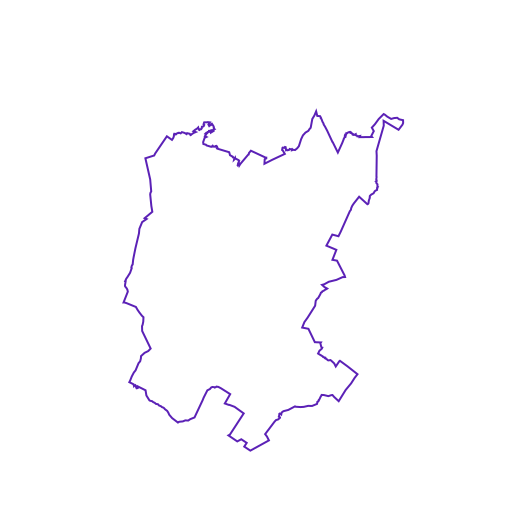 outline of San José del Rincón, México, Mexico, rotated 24°
{"feature_id": "50627088B61980296912974", "entity_name": "San José del Rincón", "entity_type": "district", "adm_level": 2, "iso_a3": "MEX", "parent_name": "Mexico", "parent_adm1": "México", "projection": "robinson", "projection_center": [-100.117, 19.636], "detail": "fine", "context": "isolated", "style": "outline", "palette": "violet", "viewbox_px": 512, "rotation_deg": 24, "n_neighbors": 0, "source": "geoboundaries", "source_scale": "gbopen_adm2", "svg_char_len": 6109}
<svg xmlns="http://www.w3.org/2000/svg" viewBox="0 0 512 512"><g transform="rotate(24 256 256)"><path d="M252.1,99.4L252.2,103.9L251.7,107.9L253.7,116.2L253.7,117.3L253.3,117.8L252.9,120.4L251.0,123.1L249.8,126.7L249.7,130.8L250.5,138.3L249.8,140.9L248.6,143.3L246.9,143.8L246.0,144.6L245.9,143.8L245.4,143.6L245.2,144.0L244.7,144.3L243.4,144.5L243.5,144.9L243.0,145.3L242.9,145.8L241.6,146.7L241.1,146.6L240.6,147.0L240.5,146.5L240.1,146.6L238.8,144.5L238.1,144.6L237.8,145.7L236.4,146.0L236.2,146.3L236.7,148.5L237.4,148.6L240.8,151.0L231.8,161.4L226.2,168.3L224.6,164.1L224.7,163.7L225.7,162.7L225.4,162.0L225.0,162.2L208.5,161.9L207.7,164.7L208.0,166.2L207.7,166.4L204.3,178.1L204.0,180.0L203.8,179.7L203.4,179.9L203.2,179.4L202.6,180.8L202.0,181.3L202.5,180.3L202.0,178.9L201.9,175.8L201.1,175.5L197.3,175.3L197.1,175.0L197.0,176.5L196.8,177.0L196.5,175.7L196.1,175.2L194.9,175.0L194.6,175.2L194.2,174.7L191.3,174.5L189.3,172.1L176.8,173.7L176.6,173.6L176.9,172.9L176.0,172.1L175.4,172.0L175.5,171.7L175.0,171.5L174.6,171.8L174.8,172.4L174.0,172.7L174.0,172.9L172.6,173.1L172.6,173.4L172.2,173.6L171.5,173.0L171.4,173.2L171.7,173.5L171.0,174.1L171.1,174.4L171.4,174.4L165.8,175.1L165.0,174.7L162.4,175.1L161.4,173.5L161.0,168.9L162.3,167.4L160.6,167.3L161.0,164.9L160.0,164.9L160.3,164.1L160.8,164.2L161.3,163.7L160.9,163.4L161.3,162.4L162.4,161.8L162.1,160.8L162.4,160.6L162.6,160.6L162.8,161.2L163.3,160.6L163.9,161.1L164.0,160.6L164.4,160.8L164.7,161.5L166.0,159.6L163.1,159.4L165.3,159.0L165.6,158.7L165.2,158.6L166.0,157.7L166.1,156.9L166.3,156.8L165.2,156.2L165.2,155.5L164.0,154.4L162.2,153.3L162.1,153.9L161.8,154.4L161.4,154.0L160.4,156.3L159.0,155.2L159.5,152.7L157.5,153.3L156.5,154.0L154.3,155.0L154.5,157.0L155.4,157.3L155.3,158.2L155.4,158.7L155.0,159.3L154.0,159.9L154.4,161.4L153.8,161.7L154.4,161.7L154.3,162.5L153.3,163.0L153.1,163.9L152.7,163.9L152.4,163.5L151.6,163.1L150.9,162.1L150.3,163.7L149.2,165.2L148.1,167.4L150.5,167.3L148.9,169.0L147.6,171.1L147.3,171.9L147.0,172.2L145.8,171.3L143.1,171.8L143.0,172.9L140.8,172.6L137.9,173.0L137.3,174.6L135.5,174.7L135.2,175.2L134.7,175.3L134.2,176.0L133.6,176.5L133.2,177.0L133.4,177.4L133.0,177.7L132.8,177.3L131.6,177.6L131.6,178.2L132.3,180.2L132.4,182.0L132.0,184.1L125.9,182.9L122.2,203.3L122.1,205.6L115.2,211.7L128.2,229.1L134.0,239.6L133.9,241.3L134.3,242.8L140.0,252.8L143.3,257.8L138.9,266.7L141.0,266.7L138.2,271.3L138.4,278.6L139.9,283.0L142.7,298.0L144.7,306.9L145.3,309.4L146.8,314.0L146.5,314.9L146.6,316.1L146.9,317.4L147.4,317.6L147.8,322.6L147.1,327.6L146.7,329.5L146.7,332.2L147.2,332.1L148.2,336.0L148.8,337.0L151.1,338.2L152.2,339.1L153.4,340.7L153.9,352.3L154.5,352.0L157.0,351.7L167.0,351.4L169.6,353.3L172.4,355.0L176.1,357.0L178.1,357.7L179.7,361.8L180.4,365.0L180.4,366.4L182.5,370.8L197.4,383.4L196.2,386.7L193.6,389.8L191.7,394.2L192.5,396.4L193.0,399.3L192.3,401.7L192.5,409.5L191.8,412.1L191.5,416.6L191.7,420.9L191.6,422.8L196.3,423.0L197.4,424.4L197.6,423.6L198.1,423.1L200.7,425.4L201.6,424.8L200.8,423.2L209.7,423.6L212.6,428.0L217.3,431.2L218.0,431.3L220.3,430.9L221.4,431.3L223.1,431.3L224.8,431.8L226.7,431.3L228.2,432.0L230.4,431.9L231.5,432.3L233.0,432.2L234.0,432.4L235.1,433.0L237.8,433.6L239.5,434.7L241.3,436.3L245.3,438.2L252.4,439.9L252.6,439.3L253.7,438.4L256.4,436.9L258.3,434.9L261.0,433.9L262.3,431.8L265.5,428.5L265.9,409.5L265.8,406.6L266.2,398.5L268.0,396.3L268.5,394.4L269.4,393.4L271.6,392.7L271.9,392.9L272.8,391.9L273.0,391.4L274.9,390.9L277.9,391.1L288.6,392.7L287.5,403.4L291.6,403.1L292.4,402.8L297.8,402.5L308.8,404.8L304.8,429.8L303.8,431.1L314.3,433.0L317.1,429.4L323.5,430.5L322.8,434.9L330.0,436.1L342.8,419.2L339.5,416.5L336.8,415.0L340.3,399.9L341.0,397.8L342.7,396.3L343.7,394.1L343.6,393.7L342.2,393.5L342.0,391.9L341.5,390.8L341.8,390.2L342.4,390.0L343.5,390.4L343.2,389.1L343.3,388.1L344.2,386.6L348.1,383.5L352.8,377.5L353.5,377.6L358.1,375.9L361.0,374.4L364.6,371.7L368.2,370.2L371.9,366.3L371.4,364.3L371.8,364.0L372.0,363.3L371.9,363.1L372.2,362.6L371.9,361.9L372.2,361.4L372.3,357.9L372.6,356.6L372.5,356.2L374.6,355.4L379.1,354.6L381.4,352.5L382.4,351.9L384.5,352.9L390.6,355.0L392.4,341.9L394.7,333.7L395.7,327.1L396.8,322.7L384.5,319.6L375.3,317.6L374.9,318.3L373.8,324.5L371.1,322.3L367.3,321.0L366.3,320.8L364.7,321.9L363.9,322.0L362.7,321.5L361.1,321.4L361.2,321.1L361.0,320.9L360.8,321.1L360.2,320.7L358.8,321.0L358.2,320.9L358.0,320.6L352.4,319.9L352.5,316.8L353.8,313.9L353.8,312.8L353.3,312.9L352.6,312.5L350.4,309.7L350.3,309.1L350.4,308.6L344.8,310.8L333.5,301.2L327.3,302.6L327.1,296.6L328.2,291.4L330.2,277.8L330.2,277.2L328.8,272.7L328.9,271.8L329.3,270.1L329.9,269.1L330.3,264.7L330.2,263.1L330.9,262.3L330.9,261.5L332.4,259.6L333.2,258.1L333.7,257.8L334.3,256.8L331.1,256.5L328.1,255.5L329.9,254.0L333.0,249.9L339.2,245.1L343.7,240.1L345.9,239.0L344.8,237.7L331.9,227.3L327.4,228.4L326.9,217.7L316.1,217.9L317.0,205.4L323.3,204.4L323.5,199.2L323.5,176.9L323.9,175.2L323.5,173.5L323.5,170.9L324.0,168.1L326.1,159.9L336.7,163.4L337.2,162.8L337.3,162.1L336.5,159.4L336.3,156.5L336.0,156.2L335.6,154.8L336.3,153.0L337.9,150.9L338.1,148.7L338.5,147.8L339.7,146.4L339.3,145.6L339.4,145.1L338.9,144.6L339.2,143.3L338.7,143.2L337.8,141.1L336.3,140.4L336.0,140.0L335.8,138.8L335.3,138.8L335.6,138.2L335.3,137.6L334.7,137.1L334.0,134.7L333.7,134.4L325.5,115.3L323.4,111.2L319.7,85.0L317.6,80.6L334.9,82.7L336.4,76.4L336.3,74.6L335.1,72.1L331.2,72.9L328.8,72.3L326.1,73.8L323.7,75.8L319.2,75.3L316.3,74.5L314.9,74.4L312.4,80.9L311.0,87.4L309.6,91.6L312.8,94.0L312.5,99.5L313.6,100.1L302.3,105.3L302.2,104.0L299.9,105.5L299.2,105.0L298.0,105.1L297.5,104.1L296.2,105.6L295.7,105.7L295.1,105.8L294.8,105.1L293.8,105.2L293.5,104.9L292.8,105.0L292.6,104.7L292.1,105.1L291.5,105.0L292.0,104.4L291.5,104.3L290.0,105.5L289.1,107.1L288.6,107.1L289.4,111.8L288.6,108.4L288.1,108.7L288.2,109.9L288.7,111.3L288.5,113.2L288.6,113.3L288.8,117.7L288.7,128.2L279.8,120.8L279.5,120.8L270.2,112.7L266.4,109.7L264.3,108.3L263.8,107.5L262.1,106.3L260.4,104.5L259.1,103.7L259.2,103.4L257.7,102.2L255.0,103.1L252.1,99.4Z" fill="none" stroke="#5b21b6" stroke-width="2"/></g></svg>